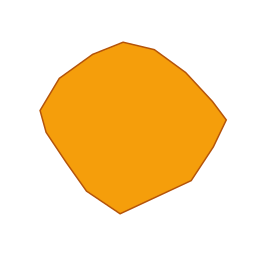 the Unitary Authority of Derby, rotated 292°
{"feature_id": "GBR-2058", "entity_name": "Derby", "entity_type": "Unitary Authority", "adm_level": 1, "iso_a3": "GBR", "parent_name": "United Kingdom", "parent_adm1": "", "projection": "mercator", "projection_center": [-1.464, 52.89], "detail": "fine", "context": "isolated", "style": "filled", "palette": "amber", "viewbox_px": 256, "rotation_deg": 292, "n_neighbors": 0, "source": "natural_earth", "source_scale": "10m", "svg_char_len": 340}
<svg xmlns="http://www.w3.org/2000/svg" viewBox="0 0 256 256"><g transform="rotate(292 128 128)"><path d="M111.3,39.9L148.3,45.7L183.0,67.6L205.7,91.3L210.5,123.1L201.0,160.7L184.2,196.4L172.3,216.1L142.4,214.2L102.9,206.3L45.5,152.8L53.9,113.2L73.0,83.5L93.3,53.7L111.3,39.9Z" fill="#f59e0b" stroke="#b45309" stroke-width="1.5"/></g></svg>